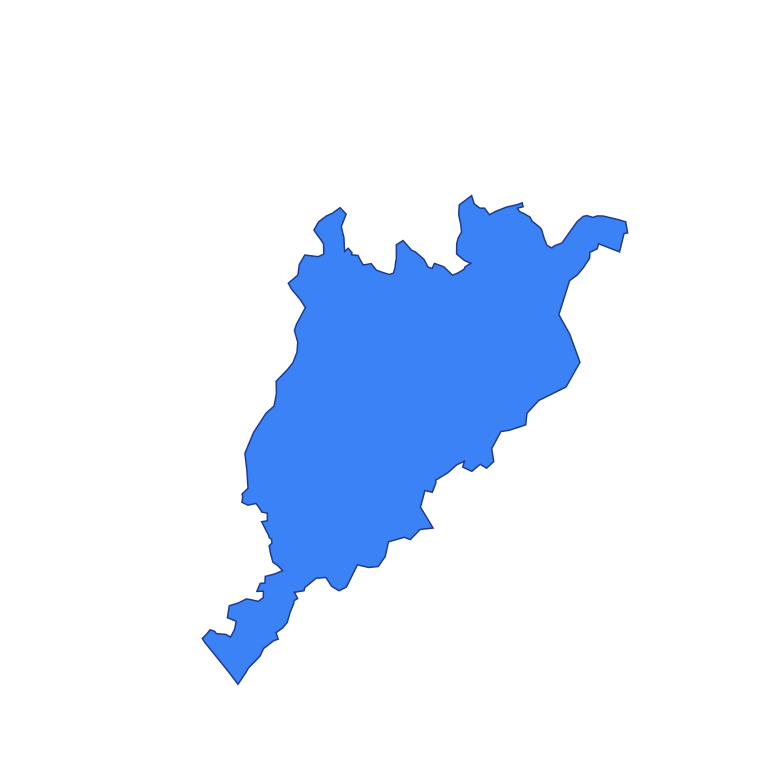 outline of Treis Elies, Limassol, Cyprus, rotated 237°
{"feature_id": "46923920B17590057603740", "entity_name": "Treis Elies", "entity_type": "district", "adm_level": 2, "iso_a3": "CYP", "parent_name": "Cyprus", "parent_adm1": "Limassol", "projection": "equal_earth", "projection_center": [32.797, 34.933], "detail": "fine", "context": "isolated", "style": "filled", "palette": "blue", "viewbox_px": 768, "rotation_deg": 237, "n_neighbors": 0, "source": "geoboundaries", "source_scale": "gbopen_adm2", "svg_char_len": 2817}
<svg xmlns="http://www.w3.org/2000/svg" viewBox="0 0 768 768"><g transform="rotate(237 384 384)"><path d="M211.7,98.0L217.3,111.1L219.7,115.7L221.7,124.9L223.5,132.2L227.7,138.8L228.8,151.7L227.6,156.3L234.2,158.0L234.6,165.9L236.8,173.1L243.6,180.8L248.7,188.2L251.3,190.8L251.1,194.7L258.1,195.4L254.2,204.3L256.4,206.7L258.1,221.3L253.3,229.9L247.8,229.9L242.8,229.9L235.1,233.7L234.2,241.9L246.8,263.2L238.6,271.1L234.1,279.7L238.6,291.0L249.2,301.8L244.4,317.5L239.2,321.3L242.3,335.1L236.5,346.7L260.8,347.5L272.4,360.3L266.9,365.5L272.8,373.7L275.2,374.9L274.8,389.3L276.6,401.0L275.5,409.4L271.5,404.8L262.9,410.1L264.3,420.9L257.5,424.2L259.2,433.8L271.1,439.1L280.5,456.1L277.0,463.8L272.6,480.6L281.6,488.0L285.9,504.8L282.4,535.1L295.5,560.2L324.6,566.9L346.9,568.4L369.6,595.9L370.2,605.5L372.8,614.1L377.4,624.8L382.3,628.4L381.3,636.4L384.7,640.4L366.5,653.5L379.5,667.3L378.0,670.6L388.4,675.0L394.5,669.8L399.3,665.2L401.1,663.5L405.6,659.2L408.9,654.2L409.9,650.0L414.7,645.9L416.1,642.3L415.0,634.5L410.2,622.2L405.3,610.0L407.1,602.5L406.7,598.9L411.5,596.2L418.4,597.5L427.5,600.2L429.6,600.2L440.1,596.9L444.4,597.4L451.1,594.0L454.6,591.6L458.8,591.7L456.9,597.2L460.7,598.6L461.8,593.6L465.6,583.3L468.0,571.5L468.5,564.6L476.7,564.1L479.3,560.1L486.0,557.8L494.3,560.1L493.2,544.7L487.6,540.5L484.7,538.6L476.1,535.3L469.2,531.8L466.2,525.9L462.0,521.3L453.5,515.7L443.8,518.7L438.0,522.4L438.0,515.6L436.6,513.5L436.9,506.3L437.9,500.7L449.7,498.0L457.7,492.0L454.7,487.3L458.1,484.6L466.9,485.4L477.9,482.2L481.1,480.0L493.9,478.1L494.1,470.2L489.4,467.2L482.6,462.8L478.6,459.0L476.1,457.1L471.9,452.4L472.9,448.1L477.6,444.2L483.6,439.6L491.9,438.8L492.9,436.6L495.1,431.4L501.6,431.7L505.9,432.2L510.1,427.1L511.6,428.7L517.3,427.9L516.6,423.2L521.6,426.0L528.6,430.1L539.3,433.9L547.1,444.8L555.8,443.2L555.7,441.5L555.3,433.9L556.3,427.1L555.6,417.5L551.3,409.1L548.1,409.1L539.6,409.6L534.6,409.6L525.8,404.4L526.6,398.2L535.3,387.8L530.3,378.0L522.3,371.2L520.6,358.6L520.0,358.6L513.8,358.1L500.9,359.7L490.9,359.7L482.0,343.5L477.8,338.1L466.0,334.4L458.0,328.3L451.4,319.1L448.6,310.7L445.0,295.0L434.7,288.7L425.4,279.8L423.8,269.3L414.4,248.2L401.6,229.6L386.1,221.9L370.7,213.2L369.0,205.0L366.4,204.1L362.1,200.4L356.5,203.9L353.5,211.6L349.1,211.9L343.1,211.8L339.2,215.8L332.8,211.6L335.2,206.4L323.1,205.1L321.0,205.0L317.2,204.1L315.3,205.1L311.6,203.4L310.9,199.6L303.6,196.5L295.0,193.8L289.5,196.0L282.8,197.3L284.2,188.9L287.3,179.6L281.9,175.7L284.2,171.7L279.3,164.4L275.9,170.0L270.6,166.4L270.2,160.2L276.5,154.0L278.7,151.5L279.7,142.5L282.3,133.5L273.3,125.4L265.5,130.8L259.6,125.1L255.3,117.5L260.0,115.1L265.9,107.5L268.9,107.2L272.6,104.3L270.9,99.3L269.5,93.0L264.6,93.0L227.2,96.9L211.7,98.0Z" fill="#3b82f6" stroke="#1e3a8a" stroke-width="1.5"/></g></svg>